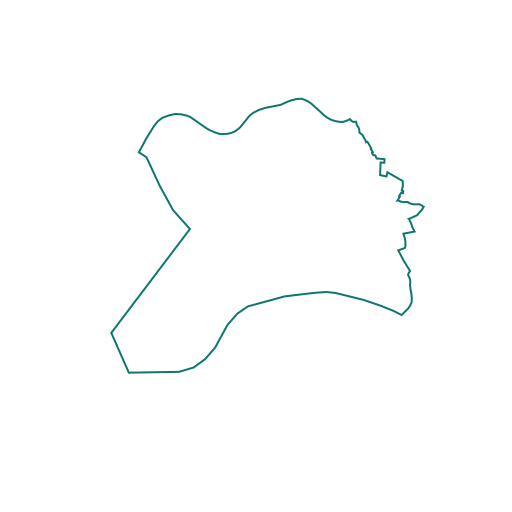 the district of Hai An, Vietnam, rotated 123°
{"feature_id": "81297802B19362557849536", "entity_name": "Hai An", "entity_type": "district", "adm_level": 2, "iso_a3": "VNM", "parent_name": "Vietnam", "parent_adm1": "", "projection": "natural_earth1", "projection_center": [106.726, 20.827], "detail": "fine", "context": "isolated", "style": "outline", "palette": "teal", "viewbox_px": 512, "rotation_deg": 123, "n_neighbors": 0, "source": "geoboundaries", "source_scale": "gbopen_adm2", "svg_char_len": 2520}
<svg xmlns="http://www.w3.org/2000/svg" viewBox="0 0 512 512"><g transform="rotate(123 256 256)"><path d="M423.1,299.1L395.1,257.5L389.3,252.5L383.4,247.5L369.8,242.4L354.9,240.4L329.4,242.4L314.3,240.2L302.6,235.3L274.2,209.9L263.6,197.2L255.7,187.7L248.0,177.6L243.7,169.2L234.3,142.1L229.7,123.8L227.1,110.6L226.2,101.8L217.8,99.9L213.9,99.7L210.3,100.2L206.7,102.2L202.2,105.9L200.0,108.1L196.3,111.1L195.4,111.6L193.3,112.7L191.2,114.7L189.8,117.0L188.8,118.3L187.2,118.6L184.6,118.7L179.5,129.6L173.8,139.7L168.3,135.6L167.6,135.6L165.8,136.3L164.1,137.6L161.8,139.1L159.7,141.3L157.0,144.5L149.1,136.3L146.4,141.1L144.9,142.7L144.2,143.6L143.6,144.6L142.9,145.9L141.5,147.9L141.5,148.0L140.7,147.4L139.4,146.5L139.0,146.2L138.2,145.7L134.5,143.4L133.9,143.1L133.1,142.9L132.1,142.9L128.9,142.4L127.3,142.1L125.0,142.1L123.4,142.2L123.5,146.5L124.0,147.7L126.2,151.0L127.3,153.1L127.7,154.4L128.0,155.5L128.2,156.9L128.3,157.5L128.1,157.9L128.0,158.1L128.1,158.3L130.6,161.8L130.8,162.1L131.4,163.9L131.5,164.4L132.2,167.5L132.3,167.6L128.0,167.6L127.9,168.6L124.3,168.7L124.1,168.6L124.0,168.4L123.2,166.9L121.3,167.9L121.8,169.4L118.4,170.5L117.7,170.9L117.3,171.0L114.7,172.7L113.9,173.3L113.4,173.7L113.3,174.1L113.5,179.5L113.6,180.5L114.2,191.4L118.2,189.9L120.1,194.7L120.6,196.0L109.7,202.4L107.9,199.2L105.7,200.4L104.8,201.0L108.5,207.9L106.7,210.7L107.2,211.7L107.4,212.4L107.4,213.2L106.3,214.9L105.3,214.5L103.8,218.0L103.0,217.9L100.0,223.7L99.6,224.9L100.6,225.6L100.1,226.0L97.6,230.6L97.0,231.6L96.4,233.3L96.3,235.3L96.1,236.5L93.2,238.7L92.8,239.4L91.4,242.5L91.0,243.0L89.5,244.5L88.9,245.3L89.8,246.4L90.0,246.7L90.2,246.8L90.3,247.0L90.5,247.4L90.6,247.9L90.7,248.4L90.7,249.0L90.5,250.1L90.1,251.9L91.6,252.6L93.6,254.0L95.9,255.8L97.7,258.4L99.4,262.2L100.4,265.3L101.0,268.6L101.1,270.8L101.2,271.8L100.9,275.5L99.8,281.7L98.1,292.5L98.0,296.5L98.5,300.2L99.3,303.3L100.8,305.7L103.0,308.2L106.3,311.2L110.3,314.2L115.9,317.7L118.5,320.4L126.6,328.8L132.0,333.2L137.7,336.4L140.6,337.4L143.8,338.1L146.8,338.3L150.2,338.7L153.4,339.0L156.2,339.3L158.3,339.8L160.9,340.7L162.5,341.3L164.1,342.3L166.0,343.6L168.8,346.2L170.6,348.5L172.9,351.9L173.6,353.5L174.8,358.1L175.7,363.8L175.9,367.0L175.2,387.1L176.1,390.9L177.9,395.8L180.8,401.0L185.0,405.2L191.1,409.8L196.5,411.7L202.5,412.3L213.2,412.1L217.6,412.0L219.0,411.9L221.9,411.6L232.8,410.7L232.8,401.7L249.5,375.1L262.7,350.6L268.8,328.1L269.3,326.1L399.3,335.5L423.1,299.1Z" fill="none" stroke="#0f766e" stroke-width="2"/></g></svg>